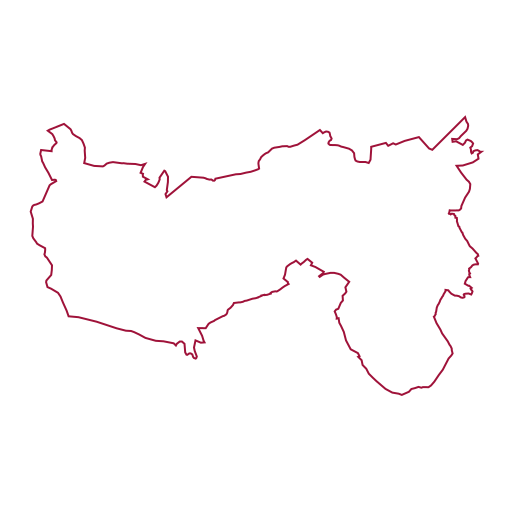 outline of Buteni, Arad, Romania
{"feature_id": "2599482B88924594549942", "entity_name": "Buteni", "entity_type": "district", "adm_level": 2, "iso_a3": "ROU", "parent_name": "Romania", "parent_adm1": "Arad", "projection": "robinson", "projection_center": [22.098, 46.317], "detail": "fine", "context": "isolated", "style": "outline", "palette": "rose", "viewbox_px": 512, "rotation_deg": 0, "n_neighbors": 0, "source": "geoboundaries", "source_scale": "gbopen_adm2", "svg_char_len": 6047}
<svg xmlns="http://www.w3.org/2000/svg" viewBox="0 0 512 512"><path d="M471.2,294.5L472.0,293.0L472.5,291.4L472.0,290.5L471.4,290.0L470.6,288.7L471.7,287.9L469.1,285.7L468.4,285.8L464.8,283.7L465.6,281.0L468.0,277.3L468.8,277.1L470.1,277.1L469.5,275.6L469.2,274.4L469.3,273.9L470.0,273.5L469.2,272.0L468.9,270.6L469.3,269.5L469.1,268.6L471.0,267.2L472.3,265.5L473.6,264.7L475.6,264.3L477.9,264.3L478.1,263.6L475.4,258.4L476.5,257.4L477.4,256.2L478.3,255.8L477.8,254.1L476.4,252.9L472.5,248.5L469.8,246.2L468.9,244.5L467.2,241.0L465.2,238.7L463.1,234.9L462.4,232.6L461.9,232.4L459.5,227.8L459.3,226.7L458.4,226.2L457.4,222.8L456.9,221.3L457.0,219.8L456.8,217.9L455.4,217.7L455.4,216.7L455.3,215.8L454.7,215.5L454.3,215.0L454.1,214.1L452.9,213.8L451.7,213.7L450.7,214.4L450.1,213.9L449.1,213.9L448.8,213.4L449.2,212.8L449.7,210.3L450.9,210.5L458.7,210.4L459.7,209.9L461.1,208.5L461.4,206.0L465.1,197.6L469.0,191.7L469.9,188.9L470.3,184.1L468.9,181.7L466.6,179.7L461.1,172.6L456.6,165.8L462.8,165.5L472.8,162.4L478.5,158.7L477.8,154.4L481.3,151.8L480.3,151.8L479.0,150.9L477.5,150.1L475.3,150.4L473.4,151.2L472.9,152.7L471.7,153.4L471.1,152.1L470.9,149.3L470.3,147.6L472.1,146.2L473.1,143.5L472.3,142.4L470.8,141.0L467.5,139.6L466.0,140.5L464.9,142.8L462.8,144.9L456.1,141.3L452.6,141.8L452.2,138.9L457.1,139.2L459.1,138.2L460.8,136.1L466.2,130.9L467.5,128.8L468.2,125.8L468.0,124.0L466.4,121.5L465.1,117.1L432.3,149.8L429.1,148.5L418.9,137.1L404.7,140.9L395.8,144.5L393.1,143.3L388.2,145.8L385.9,142.9L371.2,146.8L371.2,149.1L370.5,159.7L368.7,163.0L365.5,162.0L359.8,162.0L357.4,161.5L355.6,160.6L355.0,159.2L354.4,156.9L354.1,153.2L351.9,150.4L349.0,148.7L343.4,147.1L341.2,146.6L339.2,145.7L337.8,145.3L335.5,145.1L330.1,145.0L329.2,144.4L328.4,143.6L328.6,142.3L329.7,140.7L331.0,140.0L331.6,138.6L331.1,137.5L330.3,136.2L329.9,134.1L329.5,132.6L328.1,131.8L326.1,131.5L324.2,132.3L322.8,133.2L319.9,130.0L304.8,140.2L297.5,144.7L294.0,145.6L290.2,146.8L288.6,146.8L287.1,146.1L282.2,146.3L279.6,146.9L274.3,147.7L272.0,148.6L268.1,152.4L266.1,153.2L264.8,154.0L262.9,155.5L261.1,157.2L260.1,159.3L258.8,161.0L258.5,162.4L258.4,163.7L259.1,168.6L258.2,169.2L255.0,170.4L250.7,171.8L246.2,172.6L240.5,174.0L235.8,174.3L215.4,178.7L215.0,180.0L214.3,180.7L213.0,180.7L212.3,180.1L211.3,179.5L209.5,179.6L206.3,178.8L205.9,178.4L203.4,177.7L191.4,176.8L166.5,197.3L165.5,194.1L167.4,191.3L166.8,190.1L167.9,182.1L168.0,176.7L165.2,171.2L164.3,170.7L159.5,177.7L159.7,179.3L159.0,181.2L158.2,183.0L156.5,185.7L154.9,187.2L144.5,181.6L146.0,179.5L147.2,179.5L147.8,179.3L142.9,176.7L142.8,174.5L143.0,173.8L140.6,172.8L143.0,167.0L145.1,163.9L141.0,165.2L135.4,164.0L127.2,163.7L123.6,163.2L121.9,163.3L113.0,162.1L109.4,162.7L106.7,163.6L104.4,165.6L102.9,166.4L94.1,165.9L84.2,163.1L85.2,157.9L84.7,150.6L84.9,147.6L83.5,143.6L81.9,140.1L79.6,138.1L75.9,136.1L73.0,134.1L72.1,132.8L71.3,130.6L70.5,129.2L64.0,123.9L49.5,129.7L47.8,130.7L52.3,134.1L53.6,136.3L54.6,138.4L55.0,140.3L56.6,142.3L56.4,143.1L54.7,144.6L53.7,145.6L53.1,146.6L52.3,147.3L52.1,148.5L51.6,149.6L51.6,151.2L41.1,150.0L40.3,153.7L40.4,154.8L41.1,156.2L42.2,161.4L43.1,162.9L45.1,167.3L48.4,172.8L52.0,180.0L54.9,179.7L55.8,180.0L56.2,181.1L50.9,184.2L49.6,185.3L42.9,200.7L42.5,201.5L39.3,203.2L37.2,204.1L35.8,204.6L34.3,204.9L33.2,205.5L32.3,206.5L30.7,211.6L32.9,218.8L32.8,223.4L33.0,226.7L32.3,235.9L33.3,238.3L36.3,242.3L37.0,243.6L39.5,245.2L45.1,248.2L45.2,249.8L44.9,252.7L44.4,254.3L45.3,256.4L46.9,257.6L52.0,265.3L51.8,270.1L51.2,275.0L46.4,280.5L46.1,282.2L47.5,287.1L51.1,288.7L58.0,292.8L60.5,296.5L62.9,302.4L66.6,310.6L68.6,316.3L78.5,317.2L96.6,321.7L116.6,328.3L125.9,330.7L131.1,331.0L134.1,332.1L139.0,334.4L145.4,337.9L155.8,340.8L163.5,341.3L173.7,343.3L175.9,345.5L176.8,343.8L179.8,341.5L181.9,341.5L184.5,343.8L185.2,352.4L186.5,354.7L187.3,354.8L189.3,353.4L190.7,353.4L192.3,354.4L193.1,356.9L194.0,358.0L195.7,358.6L196.3,358.0L196.8,356.5L194.7,350.9L194.0,347.5L195.5,340.4L200.9,342.7L204.5,342.4L203.6,340.7L202.1,335.8L198.2,328.1L205.7,328.2L208.6,323.8L210.5,322.5L214.1,320.9L215.0,320.1L222.7,316.2L224.2,315.8L226.3,314.4L227.1,313.0L227.5,311.4L227.6,310.4L228.0,309.7L230.5,307.8L233.0,305.0L233.9,303.0L238.9,302.4L240.2,302.4L242.9,301.8L244.7,300.9L246.7,300.6L252.5,298.7L255.7,298.2L257.2,297.7L257.7,297.7L257.8,297.4L259.8,296.6L261.6,295.8L261.5,295.5L264.4,294.8L264.5,295.1L267.2,294.8L267.7,294.6L270.8,293.6L270.6,292.9L272.2,291.9L275.3,291.3L276.8,291.5L277.9,290.9L280.2,289.4L282.5,287.6L284.7,286.1L288.6,284.0L287.9,283.1L287.8,282.6L287.9,282.1L283.5,278.5L285.0,274.7L285.9,269.5L286.3,267.4L287.2,266.3L290.1,264.1L291.8,263.1L293.7,262.2L296.0,260.6L300.6,264.6L301.5,263.7L303.8,262.0L306.0,259.9L307.5,258.9L312.2,262.7L310.9,265.3L315.4,267.0L323.8,271.8L323.0,273.2L319.1,276.2L319.7,276.9L323.0,274.6L325.0,274.0L330.3,272.9L334.3,272.9L338.2,273.8L340.7,274.7L344.0,277.6L349.2,281.8L345.4,287.3L346.4,291.7L345.2,293.4L342.6,295.8L342.9,300.5L340.8,302.9L338.3,308.8L336.1,309.6L334.7,311.4L336.0,314.5L336.8,317.1L336.7,318.6L338.6,318.2L339.3,322.8L341.0,325.9L343.8,331.9L346.0,340.4L350.7,349.3L357.9,353.1L359.5,356.2L358.2,356.8L361.6,360.2L362.6,365.0L366.3,368.8L368.8,373.7L372.8,377.7L376.4,381.1L385.5,388.9L392.3,392.6L398.7,393.7L401.8,394.9L408.9,391.8L411.4,389.0L415.0,388.1L418.5,386.9L421.4,387.7L423.0,387.1L428.5,387.2L431.0,385.5L434.3,381.7L438.9,374.9L442.8,369.7L448.6,358.5L451.3,355.5L452.6,353.5L451.8,350.3L451.7,348.5L450.5,346.0L449.5,344.7L447.8,341.4L442.1,333.4L440.4,329.6L436.5,323.1L433.9,316.7L434.4,316.4L435.1,315.1L435.7,314.2L435.6,312.9L436.1,311.8L436.8,307.5L437.8,305.1L438.5,304.2L439.6,302.0L440.5,299.6L441.5,298.2L441.8,297.5L442.4,296.6L443.1,295.7L443.5,294.5L445.5,291.2L445.5,289.9L448.3,290.3L449.2,291.5L451.3,293.7L454.8,295.6L456.9,295.7L459.0,296.2L461.0,297.5L462.6,297.8L463.7,297.5L464.4,297.2L464.5,296.7L464.5,296.0L463.7,294.8L464.1,294.1L464.8,293.9L465.6,293.7L468.6,293.5L471.2,294.5Z" fill="none" stroke="#9f1239" stroke-width="2"/></svg>